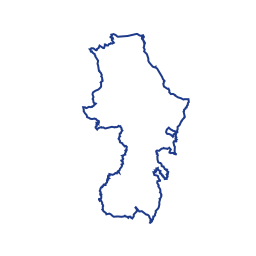 Tianguistengo, Hidalgo, Mexico (Equal Earth projection), rotated 314°
{"feature_id": "50627088B25883643006706", "entity_name": "Tianguistengo", "entity_type": "district", "adm_level": 2, "iso_a3": "MEX", "parent_name": "Mexico", "parent_adm1": "Hidalgo", "projection": "equal_earth", "projection_center": [-98.571, 20.781], "detail": "fine", "context": "isolated", "style": "outline", "palette": "blue", "viewbox_px": 256, "rotation_deg": 314, "n_neighbors": 0, "source": "geoboundaries", "source_scale": "gbopen_adm2", "svg_char_len": 5911}
<svg xmlns="http://www.w3.org/2000/svg" viewBox="0 0 256 256"><g transform="rotate(314 128 128)"><path d="M158.1,45.9L158.0,46.9L157.2,48.1L157.2,48.5L158.0,48.9L157.6,50.3L158.0,52.7L157.6,53.0L157.4,54.2L156.8,54.7L155.6,59.8L153.0,61.5L152.2,63.1L148.9,67.4L149.2,67.9L148.7,68.9L148.8,70.0L148.0,72.2L147.2,72.8L146.5,72.9L146.4,74.0L145.8,75.0L145.1,75.5L144.8,76.5L144.0,77.1L143.2,76.6L141.9,76.7L142.0,77.1L139.2,79.8L138.3,80.1L135.2,80.0L132.1,78.7L129.4,78.1L128.4,78.5L127.4,79.3L126.3,81.7L124.3,82.4L124.2,83.2L122.5,85.4L122.4,86.3L123.2,87.9L122.2,88.0L121.5,87.5L120.0,87.9L118.5,87.2L118.2,87.5L117.0,86.6L116.1,85.2L113.6,84.4L113.2,83.9L113.1,82.8L111.8,81.3L110.3,83.7L109.4,84.3L108.8,86.4L108.5,89.4L107.4,91.1L108.1,92.7L108.4,94.3L109.5,96.0L111.5,97.3L111.6,97.9L112.2,98.5L112.0,100.0L112.7,102.3L111.8,103.2L110.7,102.3L110.8,103.4L110.6,103.6L110.3,102.7L110.3,103.3L109.9,103.9L110.1,103.2L109.8,102.8L109.7,103.3L108.9,101.7L109.1,102.8L108.0,103.5L107.9,104.1L106.2,104.0L105.7,104.5L105.5,106.9L107.2,106.7L110.0,108.1L110.0,108.8L111.3,109.9L111.7,111.6L112.2,112.2L117.7,115.6L119.2,118.0L119.8,118.1L120.4,119.0L121.7,119.8L122.9,119.7L123.2,120.6L123.9,121.0L124.0,121.4L123.5,122.1L123.4,123.5L122.4,124.5L122.3,125.7L120.7,125.8L119.3,126.5L118.3,125.9L116.4,127.6L116.4,128.1L115.3,128.0L114.8,128.6L113.7,128.7L113.3,131.0L112.3,131.8L112.2,132.3L113.1,134.5L112.6,135.5L112.7,137.2L112.4,138.3L113.6,138.9L113.6,140.3L112.2,141.1L111.4,142.3L110.3,141.7L109.8,141.8L109.7,143.0L107.5,143.6L107.0,144.5L104.0,143.1L104.1,144.0L102.7,144.8L102.5,146.0L101.4,146.4L100.0,145.8L99.8,146.4L100.0,147.9L99.4,148.2L98.9,149.3L97.3,148.7L97.0,149.7L95.9,150.3L93.0,150.6L91.7,151.3L90.4,150.9L89.7,152.4L89.6,151.5L89.1,150.9L87.6,151.5L86.9,150.2L85.4,150.2L83.6,149.4L82.0,146.7L81.0,147.9L80.7,147.8L80.2,146.9L79.5,147.0L78.6,147.9L78.7,149.3L77.4,148.7L77.0,149.7L75.7,149.4L75.1,150.7L75.2,149.9L74.2,150.7L72.5,150.5L71.4,151.5L70.8,151.0L70.6,149.9L70.3,149.8L69.0,150.4L68.1,150.0L67.5,150.6L66.5,149.9L64.9,150.5L64.3,151.0L63.1,151.4L62.9,153.0L61.8,153.4L61.8,154.8L60.7,154.6L60.6,156.0L59.0,157.4L58.1,157.7L56.9,156.5L56.4,156.8L56.0,158.2L56.9,158.3L57.1,158.9L56.3,161.4L55.4,162.1L55.2,163.4L54.7,164.3L53.7,164.6L52.3,166.2L51.5,166.2L51.5,167.3L51.1,168.0L51.5,171.2L50.9,172.4L53.5,174.1L54.0,175.9L54.0,178.0L54.3,179.4L57.3,182.1L59.7,185.1L61.6,186.5L62.7,186.7L62.6,187.6L63.4,188.6L63.5,190.0L64.0,190.1L63.9,190.6L65.0,190.4L66.0,191.4L65.6,192.6L65.9,193.9L68.5,193.5L69.8,192.2L74.3,192.2L75.7,190.5L75.9,188.7L76.4,188.7L75.8,194.1L77.8,195.8L78.4,201.4L79.0,201.9L79.4,203.3L79.2,204.6L78.5,205.7L77.9,208.4L77.1,208.3L76.0,209.4L75.2,209.6L75.3,209.9L77.4,210.1L78.7,209.2L78.8,209.5L79.9,209.3L81.8,207.7L82.3,208.2L84.2,208.0L84.7,207.3L86.8,206.6L87.4,205.6L91.0,205.6L92.3,205.2L94.9,203.6L96.1,202.2L98.8,200.7L99.0,200.0L99.5,200.2L101.8,199.5L102.9,198.7L102.8,198.3L103.4,198.0L103.9,196.8L103.9,195.7L104.9,195.4L106.3,193.7L107.1,190.3L108.1,189.9L108.8,187.1L110.2,186.1L112.9,188.2L112.5,187.3L112.9,185.4L113.8,183.3L114.2,183.1L113.9,181.8L112.5,179.6L113.9,177.1L115.0,178.3L115.3,177.6L116.1,178.1L116.2,177.8L116.3,178.1L117.6,178.0L117.8,177.8L117.6,177.2L118.6,176.5L119.0,177.0L119.9,177.3L119.0,178.2L119.0,179.3L119.1,180.0L119.4,180.6L119.1,180.9L119.4,181.3L118.8,181.5L118.7,182.0L117.7,182.1L117.6,183.0L118.2,184.0L117.8,184.7L118.0,185.7L117.5,185.8L117.8,187.2L117.3,187.4L117.2,187.9L117.7,188.9L116.8,189.9L118.2,191.1L118.5,190.5L119.5,190.6L120.2,189.9L120.6,190.1L121.0,189.1L121.6,189.1L121.5,188.5L122.0,188.7L122.5,187.8L123.0,188.3L124.4,187.5L124.2,185.1L125.1,184.9L124.0,183.0L125.0,180.3L124.5,180.0L124.0,178.7L125.2,177.4L125.4,175.7L124.8,175.0L124.4,173.5L126.1,170.7L126.7,170.3L127.7,169.0L129.2,168.4L129.3,166.7L130.1,166.7L130.4,165.0L130.9,164.4L131.9,164.5L133.2,166.2L136.4,166.5L137.6,167.4L138.4,167.5L138.6,168.3L140.0,170.1L140.3,170.9L141.4,171.1L141.9,171.6L142.4,171.5L142.3,173.7L139.3,174.6L139.1,175.0L139.6,176.2L140.8,177.0L140.9,177.4L141.8,178.3L141.4,179.2L142.7,181.4L142.5,179.7L142.9,178.8L143.7,177.6L147.0,174.8L147.4,173.4L149.2,170.7L150.2,170.3L150.6,170.8L151.3,170.8L151.6,171.9L152.2,171.9L152.5,170.8L153.5,170.9L153.2,169.7L153.7,169.2L154.9,169.3L155.4,167.8L156.7,167.0L157.6,165.8L157.0,165.5L156.1,165.7L155.2,165.2L154.0,165.6L153.7,166.4L152.9,166.4L153.1,165.5L152.8,164.9L152.9,163.4L152.1,161.5L151.0,160.3L151.3,158.5L152.0,157.9L153.9,157.0L156.6,157.1L156.6,159.6L157.1,161.1L157.1,161.9L158.5,164.5L158.9,166.4L159.2,166.5L160.6,164.9L161.7,164.5L163.2,162.9L165.8,163.1L170.1,161.6L170.8,161.8L171.8,161.3L174.2,161.4L174.6,161.0L175.4,161.2L178.5,156.5L179.1,156.6L180.2,155.6L181.9,155.9L182.8,155.3L183.6,155.9L185.1,154.9L186.2,155.0L186.6,154.4L187.9,153.7L188.9,153.7L190.7,151.5L187.8,148.5L187.0,148.1L186.2,145.4L184.7,142.5L184.1,139.2L184.4,139.0L183.8,136.7L182.2,135.3L182.4,132.8L183.5,132.0L184.4,129.8L183.7,129.4L183.5,128.7L182.8,125.0L184.4,122.6L185.3,122.5L186.3,121.5L187.2,121.6L187.4,119.4L188.5,116.8L191.0,107.6L190.7,105.7L191.0,105.4L190.3,105.3L189.3,103.2L189.9,97.6L190.5,95.9L192.0,94.5L194.1,90.6L194.3,89.7L194.3,86.4L196.1,85.4L196.8,83.3L197.9,82.9L200.1,81.1L200.4,80.5L200.7,81.3L200.9,81.2L202.0,77.5L202.5,76.5L201.8,76.8L201.9,75.9L203.6,74.7L203.6,76.2L204.1,76.4L204.8,75.8L204.5,75.2L205.1,74.4L203.3,73.3L202.6,72.0L202.1,69.4L201.6,68.8L193.9,63.8L186.7,57.4L186.4,56.8L186.3,54.6L185.8,53.1L185.5,52.4L183.6,51.2L183.2,52.2L181.2,52.2L181.1,52.5L182.1,53.4L182.3,54.2L181.8,55.2L181.0,54.5L180.0,55.3L179.5,58.6L177.7,58.0L177.0,56.7L176.3,56.8L175.1,56.0L173.4,56.3L172.7,55.6L172.4,53.7L172.0,53.3L170.9,54.3L168.8,55.2L168.3,54.7L167.5,50.3L165.2,51.3L163.3,50.8L162.5,51.4L161.9,51.2L161.6,50.7L161.3,47.9L159.9,46.2L158.9,46.5L158.1,45.9Z" fill="none" stroke="#1e3a8a" stroke-width="2"/></g></svg>